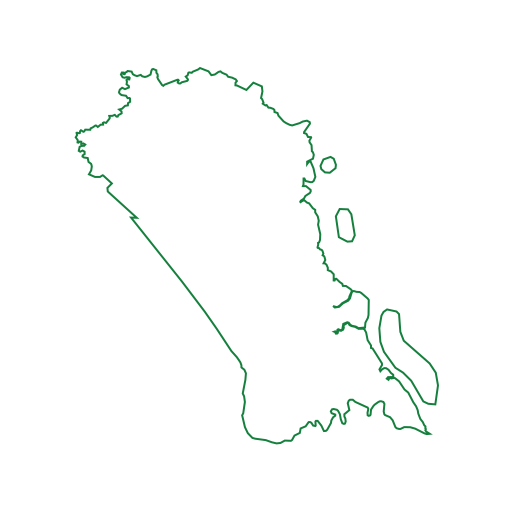 outline of Huaquillas, El Oro, Ecuador, rotated 81°
{"feature_id": "8360857B41959203551937", "entity_name": "Huaquillas", "entity_type": "district", "adm_level": 2, "iso_a3": "ECU", "parent_name": "Ecuador", "parent_adm1": "El Oro", "projection": "natural_earth1", "projection_center": [-80.198, -3.46], "detail": "fine", "context": "isolated", "style": "outline", "palette": "green", "viewbox_px": 512, "rotation_deg": 81, "n_neighbors": 0, "source": "geoboundaries", "source_scale": "gbopen_adm2", "svg_char_len": 6061}
<svg xmlns="http://www.w3.org/2000/svg" viewBox="0 0 512 512"><g transform="rotate(81 256 256)"><path d="M432.7,208.1L430.2,207.3L427.4,205.1L426.1,202.7L425.0,202.5L423.1,205.9L421.1,206.4L419.3,204.8L419.3,203.2L420.5,200.2L421.7,199.2L425.3,197.9L430.5,197.8L434.7,196.9L435.6,195.4L435.4,194.3L433.5,193.3L430.4,193.2L428.5,193.8L426.1,193.5L422.8,187.9L415.7,188.4L413.4,187.0L412.7,185.7L413.1,182.9L415.7,180.7L423.2,169.4L424.6,169.0L428.3,170.4L430.8,170.6L431.5,169.7L431.3,168.3L430.7,167.7L425.7,166.4L422.5,163.5L421.4,162.1L419.3,157.9L418.9,156.3L419.1,155.0L420.1,153.0L422.2,152.3L429.6,154.2L432.4,154.0L433.3,153.4L436.2,148.8L439.7,146.7L446.7,145.1L448.1,144.1L449.2,141.8L449.4,140.3L448.2,136.4L449.2,130.6L451.4,125.8L457.5,117.4L458.6,115.2L458.8,112.2L456.0,115.4L454.7,116.0L453.5,115.3L452.8,115.7L450.8,115.3L449.5,116.3L446.2,117.2L442.6,119.2L436.9,120.4L433.6,120.4L429.5,121.4L425.1,123.5L414.7,127.0L411.1,130.2L402.2,134.3L398.4,137.8L398.0,138.5L398.1,141.6L397.3,142.7L397.8,143.6L399.0,144.5L397.6,146.0L396.3,144.5L396.9,140.3L396.3,139.2L394.7,139.1L392.7,141.0L389.1,142.9L387.2,145.0L386.8,146.8L387.6,149.1L389.3,151.2L387.3,151.8L383.4,148.6L381.7,148.4L365.6,155.3L364.8,156.8L362.4,156.4L356.6,158.9L348.8,159.2L345.6,160.3L344.6,161.5L344.0,166.0L341.5,169.2L340.1,172.7L338.9,174.4L336.4,175.4L336.2,175.9L338.2,180.4L340.6,180.5L342.4,181.5L343.2,183.7L342.2,186.6L344.7,187.2L345.3,188.0L345.2,189.2L343.5,189.8L343.0,190.6L342.8,189.6L344.1,188.6L344.1,188.1L341.6,187.1L341.2,186.2L342.5,184.0L342.4,182.4L336.7,180.4L335.7,176.2L336.4,174.8L338.4,173.8L339.8,172.4L341.3,168.5L343.3,166.0L343.7,159.5L339.0,158.4L334.7,155.2L331.9,154.1L317.1,151.5L315.5,152.3L308.9,157.9L307.8,159.3L307.1,162.4L305.9,164.9L306.0,165.9L307.0,167.2L312.7,169.9L314.6,172.0L316.3,177.4L319.2,181.9L319.2,186.2L317.5,187.7L319.0,184.6L319.0,183.2L317.9,180.8L316.1,178.3L313.9,172.5L312.2,170.6L310.6,170.1L305.3,166.6L303.6,167.7L299.7,171.8L299.1,174.9L297.0,175.1L294.8,177.4L291.1,180.2L291.0,181.2L292.5,182.2L292.3,183.1L286.2,182.1L283.0,184.3L281.2,187.3L278.8,186.9L275.7,187.7L274.2,188.9L273.8,190.4L270.8,188.2L267.7,188.5L266.8,188.8L265.7,190.1L264.2,189.1L261.5,189.5L260.2,190.2L259.5,191.7L258.0,192.6L257.6,193.8L257.2,193.9L254.3,192.7L252.8,192.7L252.4,191.5L250.2,190.3L244.5,189.1L234.8,189.8L231.0,188.5L226.5,188.8L222.1,190.7L219.7,190.3L217.7,192.4L212.3,195.3L211.2,197.3L208.7,199.4L208.6,200.9L209.8,203.6L209.4,203.8L208.4,203.1L206.8,199.7L204.4,197.8L202.1,192.8L200.6,191.8L199.3,191.7L194.8,195.7L194.3,198.7L192.8,197.9L186.9,196.9L187.0,196.1L189.7,195.2L191.7,190.4L191.8,188.9L190.8,187.2L187.1,185.0L178.4,185.5L171.6,187.2L171.0,188.9L173.2,191.1L170.8,190.7L168.8,184.5L165.2,183.1L162.5,183.5L161.3,184.4L155.2,183.8L152.0,185.3L150.4,185.2L147.7,183.0L147.2,183.1L146.6,186.0L143.2,187.1L142.1,189.3L141.1,189.1L133.7,182.0L132.2,182.0L130.3,184.5L130.5,188.8L131.6,192.1L132.7,199.9L131.7,202.2L129.4,205.5L127.4,207.7L120.9,211.9L118.1,212.4L116.7,215.2L114.7,215.0L113.5,215.8L111.9,218.5L111.4,220.5L108.6,221.9L108.8,223.1L106.6,225.5L105.6,224.6L102.0,225.4L100.8,226.3L94.5,223.9L89.4,223.7L84.4,231.5L90.5,239.5L84.7,248.0L84.2,249.6L81.6,249.1L80.2,247.5L78.4,248.4L76.1,251.7L74.6,255.5L72.3,256.7L69.9,260.6L68.1,262.2L68.3,264.2L70.3,268.3L70.4,271.8L66.2,274.0L61.6,281.9L62.7,283.9L64.1,289.7L65.0,290.8L64.2,293.3L64.4,294.1L66.9,295.3L67.8,297.3L70.9,295.6L71.8,295.9L72.3,296.7L72.8,302.1L73.7,303.7L73.6,304.9L72.5,306.2L71.3,305.8L70.5,304.9L69.8,305.2L69.6,306.0L72.5,319.6L73.4,320.9L72.5,322.0L65.9,325.1L63.9,325.5L63.2,324.9L61.1,324.8L59.5,325.7L57.0,325.4L55.2,328.3L55.4,329.4L56.6,330.3L60.3,331.8L61.6,335.6L61.8,337.7L60.7,340.3L59.1,341.5L59.7,345.4L58.5,347.6L57.2,349.2L54.4,350.0L53.2,353.9L54.1,355.1L54.4,356.7L55.6,357.0L55.9,357.8L55.4,358.6L54.0,358.6L53.8,359.8L55.6,361.0L58.6,359.8L59.4,357.9L59.1,356.0L59.7,353.3L60.3,352.9L61.8,353.5L61.2,355.5L61.9,356.4L63.7,356.2L66.2,357.0L68.3,355.0L69.7,355.2L70.7,359.3L68.9,361.9L70.4,364.5L72.8,365.7L74.0,365.4L76.0,363.7L77.4,359.3L80.0,358.1L80.2,356.2L80.7,355.8L84.0,356.2L85.0,358.5L87.2,359.0L87.2,361.8L89.6,365.3L89.9,368.2L92.2,366.2L94.1,366.4L95.3,369.9L96.7,370.8L96.5,372.0L94.5,373.4L95.1,375.9L94.7,379.0L96.7,378.8L97.5,379.3L101.1,383.3L100.2,385.2L100.6,386.4L102.3,386.5L102.0,388.9L103.8,392.1L102.2,393.4L102.0,394.2L103.5,397.3L104.0,399.3L105.4,399.9L104.5,404.9L106.1,406.2L106.3,407.1L104.4,409.2L105.2,410.2L107.0,410.8L107.1,411.6L106.2,413.5L106.4,414.0L108.6,413.8L110.6,415.5L113.8,413.9L115.9,414.5L116.3,413.7L115.4,412.1L115.8,410.7L117.9,411.1L117.8,408.9L119.2,407.2L120.3,408.5L119.9,411.1L120.6,413.1L124.4,414.6L125.5,413.3L124.7,410.8L126.1,409.0L128.5,409.3L129.5,411.4L130.6,411.8L131.8,410.5L132.9,406.9L136.9,406.7L139.1,404.5L140.5,404.2L142.0,404.2L145.7,405.4L149.2,408.2L152.7,402.7L153.5,397.7L152.3,394.9L152.6,394.3L161.8,387.0L165.5,392.1L169.1,392.3L199.6,367.8L198.5,373.4L269.5,333.2L302.8,315.4L321.7,306.2L346.0,295.2L353.0,290.7L358.5,288.1L361.6,287.5L363.8,287.8L366.5,285.3L370.3,284.3L376.8,285.9L389.7,290.6L392.7,289.7L398.4,289.8L409.3,293.2L411.2,294.6L423.3,293.7L429.7,291.8L435.1,288.0L436.3,285.4L439.4,275.1L442.5,269.4L444.3,265.0L444.5,261.1L442.8,256.4L444.0,250.4L443.3,249.1L439.4,246.1L437.6,240.4L433.3,238.9L432.0,233.6L428.3,230.0L428.5,228.5L429.4,227.4L432.4,226.1L433.2,224.0L432.9,223.6L428.8,223.2L428.2,222.6L428.5,220.9L433.7,218.0L439.5,216.3L439.7,214.4L438.8,212.9L432.7,208.1ZM403.5,122.2L425.8,113.5L428.9,109.0L430.6,102.1L412.3,96.5L399.4,96.7L389.3,101.3L362.8,123.3L353.5,125.3L335.8,123.8L332.8,125.9L329.3,134.9L331.2,138.8L334.5,141.4L346.6,145.5L360.3,146.6L370.7,144.6L388.2,135.8L394.2,129.0L403.5,122.2ZM256.1,163.5L256.5,158.8L251.0,155.2L229.7,155.3L224.3,157.9L222.7,166.0L229.3,170.9L250.4,171.2L256.1,163.5ZM180.4,177.9L184.2,174.8L185.3,170.1L181.7,163.7L178.4,162.8L172.1,164.0L169.8,166.9L171.2,174.3L177.1,178.2L180.4,177.9Z" fill="none" stroke="#15803d" stroke-width="2"/></g></svg>